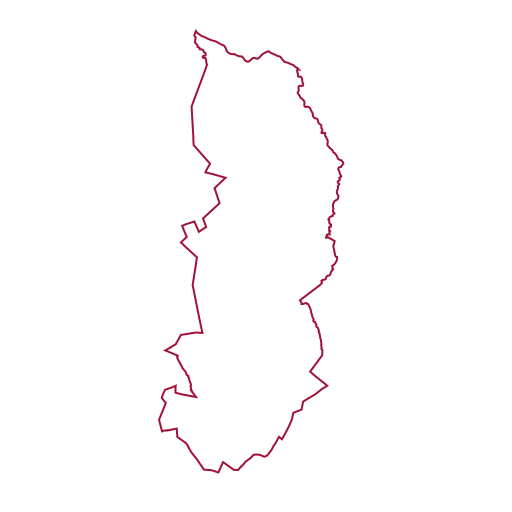 Matobo, Matabeleland South, Zimbabwe (Mercator projection), rotated 185°
{"feature_id": "62879985B11044582115440", "entity_name": "Matobo", "entity_type": "district", "adm_level": 2, "iso_a3": "ZWE", "parent_name": "Zimbabwe", "parent_adm1": "Matabeleland South", "projection": "mercator", "projection_center": [28.344, -20.969], "detail": "fine", "context": "isolated", "style": "outline", "palette": "rose", "viewbox_px": 512, "rotation_deg": 185, "n_neighbors": 0, "source": "geoboundaries", "source_scale": "gbopen_adm2", "svg_char_len": 6120}
<svg xmlns="http://www.w3.org/2000/svg" viewBox="0 0 512 512"><g transform="rotate(185 256 256)"><path d="M259.3,41.0L255.1,41.3L252.6,44.9L252.4,44.8L252.0,45.1L251.3,46.3L249.8,48.1L249.2,48.9L249.0,49.7L243.4,54.6L243.4,54.9L241.0,57.8L236.5,58.4L233.6,57.9L230.4,56.8L230.0,56.8L227.5,58.2L223.6,64.2L221.8,68.7L220.9,69.9L218.8,74.5L217.4,77.9L214.2,75.7L210.0,85.1L207.8,90.8L205.9,96.6L205.2,103.0L197.2,107.0L196.4,115.0L191.4,118.8L189.7,119.9L185.1,123.3L182.5,125.6L178.6,129.4L177.9,129.8L173.7,133.0L185.4,140.8L192.0,145.5L181.4,162.9L181.6,167.4L181.7,168.3L182.5,168.7L182.8,169.5L182.9,170.0L182.7,170.3L182.6,170.8L183.3,172.6L183.2,173.5L183.2,174.5L183.7,176.0L184.2,178.7L184.8,179.6L185.1,180.7L185.1,181.6L185.9,183.5L186.1,185.0L187.0,185.9L186.8,187.2L187.3,187.9L187.4,188.5L188.1,189.6L188.6,190.1L189.0,190.4L189.2,190.8L189.9,191.4L189.9,192.8L190.2,193.4L190.9,194.2L191.2,195.2L191.8,195.5L192.1,195.4L192.6,195.6L193.2,196.3L193.3,197.0L193.0,197.9L194.3,199.8L195.1,202.3L196.0,204.0L196.2,205.4L197.6,209.1L199.7,212.4L200.1,212.7L201.3,213.0L201.7,213.5L202.3,213.5L203.4,212.9L205.4,212.2L206.5,212.1L206.6,212.4L206.6,213.6L207.4,214.3L207.6,214.8L208.4,215.7L189.7,232.7L188.4,234.2L188.0,235.3L188.2,236.1L188.4,236.0L188.7,237.0L187.9,237.8L186.6,238.1L185.3,238.6L184.5,239.2L184.5,240.3L184.0,241.5L182.9,242.6L181.2,243.0L180.7,243.6L180.6,244.0L180.1,244.8L180.1,245.9L179.6,247.3L179.1,247.8L178.7,249.0L178.2,249.2L177.9,249.5L178.0,249.8L179.0,250.9L178.9,252.0L179.2,252.9L177.5,254.1L175.8,257.0L175.2,258.6L174.9,259.9L175.1,261.8L175.2,262.1L175.8,262.1L176.4,262.4L177.0,263.1L177.4,264.3L177.5,265.1L178.1,266.2L178.4,268.0L179.9,272.1L179.1,276.3L179.0,277.8L186.1,281.0L187.7,280.1L187.8,280.3L187.8,280.7L187.0,282.1L187.4,283.2L186.9,283.4L186.8,283.5L185.7,283.9L184.4,283.9L185.0,286.0L184.9,286.4L184.5,286.9L185.1,287.0L185.2,287.3L185.0,287.6L185.5,288.2L185.3,288.5L185.2,289.0L185.4,289.7L185.5,290.4L185.7,290.7L185.7,291.0L185.0,291.5L184.7,292.0L184.0,291.8L183.8,292.5L184.1,293.2L184.0,293.9L184.2,294.1L185.5,294.7L185.9,295.4L185.9,296.8L186.2,297.5L186.5,297.7L186.9,298.4L187.0,298.7L186.7,299.0L186.9,299.3L186.4,300.0L185.9,300.9L184.9,301.9L183.1,302.6L183.0,303.8L182.8,304.3L182.6,304.6L181.5,305.1L181.6,305.4L182.9,306.8L183.3,307.7L183.0,309.8L183.7,311.8L183.7,314.7L182.6,317.4L181.6,318.3L180.6,318.8L179.8,319.6L179.4,320.2L179.0,322.3L179.5,323.7L180.6,325.1L181.1,326.8L180.9,328.7L180.3,329.6L180.2,330.2L180.2,331.2L180.5,332.3L180.5,332.7L180.3,333.2L179.2,334.9L180.7,336.0L181.0,336.6L181.1,337.3L179.2,339.0L179.1,339.6L179.8,340.8L179.8,341.2L179.6,341.5L178.2,342.3L178.0,343.0L179.6,345.2L180.4,347.6L181.6,349.3L181.6,350.2L181.4,351.1L180.5,351.8L180.1,352.0L179.3,352.0L179.0,352.2L178.6,353.2L177.3,355.2L177.2,356.3L177.4,356.8L177.7,357.2L178.5,357.9L179.2,358.7L180.9,359.1L182.5,359.7L184.5,363.1L186.0,364.8L186.5,365.3L188.1,366.2L188.5,366.7L189.1,368.1L191.9,370.0L192.0,370.2L194.4,372.4L194.6,373.0L194.5,376.0L194.6,377.2L195.0,378.0L196.1,379.5L196.5,380.8L197.3,381.4L197.6,381.9L198.0,384.6L198.8,384.8L200.5,384.1L201.5,384.4L201.5,385.5L200.8,386.7L200.8,387.2L201.3,388.2L202.1,389.1L202.2,391.3L202.5,392.1L204.9,393.6L205.6,394.6L206.1,396.2L206.8,397.8L208.0,398.3L209.6,398.4L210.8,399.4L211.6,400.7L211.6,401.9L212.4,403.7L213.9,405.8L214.7,407.5L215.8,408.7L217.9,409.3L218.2,409.3L219.1,408.9L219.9,408.8L220.5,409.2L220.9,409.9L221.1,411.0L221.0,412.1L221.1,413.4L221.7,414.7L222.9,415.9L225.6,417.8L226.7,419.7L228.6,421.8L228.7,422.1L228.6,423.1L227.8,424.4L228.3,427.5L228.2,428.7L228.0,429.0L227.3,429.3L224.5,429.5L224.2,429.8L224.0,430.3L223.9,431.1L224.2,432.0L224.9,433.1L225.5,436.3L226.1,437.7L227.4,438.6L228.6,438.3L229.4,438.3L229.8,438.8L230.1,440.9L230.6,442.0L231.2,444.2L231.2,445.1L230.9,445.7L229.7,445.5L230.6,446.5L233.3,447.8L235.2,449.3L235.7,449.5L239.2,450.5L240.2,451.1L244.4,451.8L246.8,454.0L249.1,456.6L251.1,457.0L254.0,457.8L255.0,458.4L259.1,459.7L261.2,461.1L263.5,460.1L265.4,458.9L267.4,457.3L267.8,456.9L269.7,454.3L271.1,452.9L272.1,452.6L272.9,452.7L275.0,453.3L275.7,453.1L276.7,452.7L277.0,452.4L278.4,450.8L280.0,449.1L281.4,448.9L282.7,449.1L284.2,450.0L285.8,452.2L287.4,453.5L288.3,453.6L289.9,453.4L291.0,453.8L292.3,454.0L295.1,455.2L296.6,455.0L298.3,455.0L299.9,455.5L302.2,456.7L303.6,458.7L304.3,460.4L305.8,462.4L306.6,463.0L309.8,464.0L314.5,466.2L318.5,466.9L323.2,468.3L326.7,469.7L328.0,470.1L328.7,470.1L333.9,473.1L335.5,474.9L336.8,470.4L335.1,468.2L335.4,465.4L335.4,463.3L332.5,460.7L332.4,459.1L330.5,458.6L330.1,457.0L328.4,457.2L327.8,456.8L326.9,456.7L326.4,456.3L325.9,455.0L325.5,454.5L324.3,454.0L323.8,453.3L323.6,452.1L324.3,451.0L325.8,450.8L326.5,450.0L326.4,449.4L325.6,448.8L325.0,448.7L323.9,448.8L323.3,448.3L322.8,447.0L322.6,445.3L322.3,444.2L321.5,442.3L323.1,435.9L333.2,399.3L328.6,367.8L328.7,367.2L327.8,361.1L309.8,343.9L312.8,337.5L313.6,334.9L306.2,333.8L293.2,331.3L303.2,320.0L296.9,305.4L312.0,288.8L308.2,280.5L315.0,275.1L320.4,285.0L329.1,281.3L332.2,279.6L328.7,272.7L326.6,269.0L332.0,262.9L329.2,260.9L329.0,260.5L314.7,249.5L316.3,225.1L316.6,221.7L307.7,191.2L302.7,174.7L309.4,174.5L324.0,170.8L327.2,163.3L327.7,162.6L328.1,161.2L338.1,154.0L325.3,149.9L325.4,148.9L325.7,148.7L325.7,148.1L324.7,146.0L323.6,144.4L323.0,143.4L321.9,142.4L321.7,141.2L319.9,139.3L319.7,138.1L317.7,136.2L315.6,133.8L315.3,132.6L314.9,131.9L313.8,131.0L313.0,130.7L312.8,130.5L312.7,129.1L312.0,128.3L312.1,127.6L310.7,124.9L310.4,123.8L309.6,122.6L309.6,121.6L309.9,120.3L309.5,119.9L309.1,118.5L309.2,118.1L308.9,117.3L309.3,117.0L309.1,116.7L308.1,116.0L308.2,115.3L307.6,115.0L307.0,114.0L306.0,113.3L305.2,112.2L303.5,110.3L317.9,111.7L324.3,112.8L324.8,118.3L324.7,119.7L328.5,117.7L334.9,114.8L336.5,110.6L337.5,106.4L333.0,101.7L338.3,84.5L336.9,80.3L334.3,73.1L332.7,74.0L330.7,74.3L328.9,74.8L328.8,74.5L319.9,77.2L318.6,68.9L309.0,63.2L306.6,59.9L306.8,59.7L303.2,54.7L296.7,47.8L294.0,44.4L289.1,38.6L281.4,38.7L274.6,37.1L270.9,47.8L259.3,41.0Z" fill="none" stroke="#9f1239" stroke-width="2"/></g></svg>